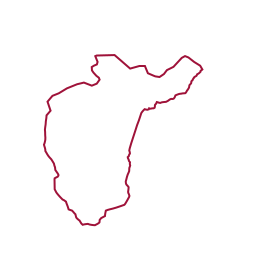 the district of Amasia, Shirak, Armenia, rotated 249°
{"feature_id": "60910142B69000045179154", "entity_name": "Amasia", "entity_type": "district", "adm_level": 2, "iso_a3": "ARM", "parent_name": "Armenia", "parent_adm1": "Shirak", "projection": "orthographic", "projection_center": [43.631, 40.973], "detail": "fine", "context": "isolated", "style": "outline", "palette": "rose", "viewbox_px": 256, "rotation_deg": 249, "n_neighbors": 0, "source": "geoboundaries", "source_scale": "gbopen_adm2", "svg_char_len": 3254}
<svg xmlns="http://www.w3.org/2000/svg" viewBox="0 0 256 256"><g transform="rotate(249 128 128)"><path d="M169.0,56.5L166.5,55.3L163.7,53.7L161.1,52.5L158.4,51.0L156.1,49.8L154.0,49.2L150.9,48.1L148.6,47.4L146.5,46.5L144.5,45.2L143.4,44.4L142.6,43.6L141.9,43.5L140.5,43.4L140.4,43.4L139.0,43.3L137.7,43.1L136.0,42.6L134.5,42.9L132.5,43.2L130.6,43.6L128.7,44.2L126.2,45.2L123.6,45.7L121.3,46.1L119.9,45.9L119.2,45.8L117.5,45.8L116.0,45.4L114.8,45.1L113.2,45.5L111.6,45.9L111.2,46.0L109.5,46.3L108.5,46.0L107.7,44.8L107.6,43.3L107.4,42.1L107.3,41.5L106.6,41.1L106.4,41.0L104.2,40.2L100.1,38.7L99.0,38.3L97.1,37.6L93.5,38.0L92.1,38.4L90.3,39.0L87.9,39.9L84.6,41.3L83.9,42.1L82.7,42.9L81.5,43.7L79.9,43.6L76.4,43.6L73.3,43.4L72.2,44.6L71.5,45.5L70.9,46.2L69.1,46.9L67.4,47.5L66.3,48.0L64.9,47.8L63.0,47.6L62.4,47.8L61.8,48.0L59.7,49.1L59.0,49.6L57.8,49.8L55.6,50.2L55.2,50.4L53.9,51.0L53.7,52.7L53.3,54.5L53.1,55.2L52.9,56.1L52.6,56.5L51.7,57.5L50.6,59.3L49.7,61.0L49.1,62.3L49.4,64.9L49.7,66.5L50.1,67.5L51.0,68.0L51.9,68.4L52.4,68.7L53.4,70.5L53.5,70.7L53.9,73.7L54.0,74.9L56.1,76.0L57.4,76.8L58.8,77.7L58.8,79.7L58.6,81.8L58.2,84.9L57.9,88.5L57.7,93.1L57.6,97.1L58.3,98.3L59.4,99.7L60.6,101.2L63.2,104.3L64.1,105.0L65.9,105.1L67.4,105.0L68.5,105.3L69.6,105.9L70.9,106.6L72.4,107.3L73.0,107.3L74.1,106.9L75.9,106.2L77.4,106.3L79.0,106.8L80.3,107.8L82.6,109.4L84.6,111.0L86.4,112.8L87.4,113.7L87.9,113.9L90.2,114.9L91.1,115.7L92.2,116.6L93.8,116.8L95.3,117.6L96.4,117.2L97.1,117.1L98.3,117.3L99.8,117.1L100.2,117.2L100.9,117.3L101.0,117.5L101.3,118.5L102.1,119.0L102.9,119.8L103.4,120.6L104.8,121.0L106.5,121.1L108.5,122.4L112.8,125.7L123.4,134.3L127.4,137.5L131.1,140.8L134.5,143.6L137.2,145.8L138.2,147.3L139.1,149.1L139.5,150.0L139.6,150.4L139.5,150.5L139.0,151.0L138.1,152.6L138.0,154.1L138.8,154.8L138.2,155.3L137.9,156.2L137.7,157.5L137.2,159.0L137.4,160.1L138.2,160.7L139.2,161.1L140.0,161.6L140.5,162.7L141.0,163.4L141.3,163.6L141.9,164.2L141.3,165.1L140.9,165.5L140.4,166.1L139.8,167.3L139.9,168.3L139.7,169.5L139.3,171.1L138.8,172.8L139.0,174.9L139.4,176.3L139.7,177.6L139.7,178.8L139.2,179.7L139.0,181.0L139.5,182.0L140.3,183.0L141.4,183.9L141.5,184.8L141.5,186.1L141.5,187.5L141.3,188.9L141.0,189.8L140.8,191.2L140.4,192.5L140.0,193.8L140.1,194.3L140.5,195.0L141.0,195.6L141.6,196.3L142.0,196.8L142.3,197.5L143.2,198.6L143.9,199.5L144.6,199.9L145.5,200.4L146.1,200.9L146.4,201.6L146.8,202.4L147.1,202.9L147.6,203.3L148.2,203.5L148.9,204.0L149.2,204.5L149.4,205.3L150.1,205.9L150.7,206.7L151.0,207.3L151.3,207.4L151.6,207.9L151.9,208.8L152.0,209.7L152.2,210.6L152.8,211.3L153.4,211.9L153.4,212.5L153.7,213.9L154.1,214.9L154.5,215.8L155.2,216.2L155.4,216.3L155.6,216.9L155.6,217.2L155.7,217.6L156.0,218.4L160.3,217.7L166.0,213.4L172.2,209.7L174.7,207.0L174.2,203.3L168.8,192.4L168.5,189.5L168.1,185.1L167.0,183.3L165.5,180.9L164.3,175.7L166.4,172.0L167.7,170.6L172.0,166.2L179.8,166.0L181.8,160.8L182.7,151.3L200.9,141.6L206.9,124.7L206.8,123.2L200.6,123.3L198.5,121.7L198.4,118.6L197.9,116.0L194.7,115.0L192.1,115.6L188.0,117.2L185.4,118.8L183.3,118.8L180.6,114.7L180.5,109.4L186.2,103.1L186.7,99.1L187.1,96.2L186.9,85.2L185.2,75.8L185.1,69.0L182.8,64.8L181.4,62.3L171.9,61.9L169.0,56.5Z" fill="none" stroke="#9f1239" stroke-width="2"/></g></svg>